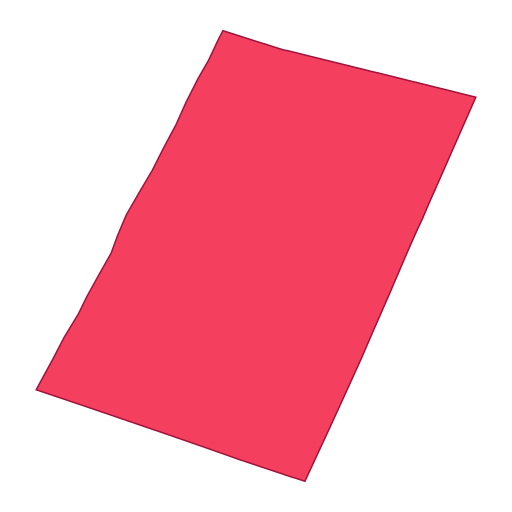 the district of Zandvoort, Noord-Holland, Netherlands
{"feature_id": "6326949B44029658680347", "entity_name": "Zandvoort", "entity_type": "district", "adm_level": 2, "iso_a3": "NLD", "parent_name": "Netherlands", "parent_adm1": "Noord-Holland", "projection": "natural_earth1", "projection_center": [4.556, 52.36], "detail": "fine", "context": "isolated", "style": "filled", "palette": "rose", "viewbox_px": 512, "rotation_deg": 0, "n_neighbors": 0, "source": "geoboundaries", "source_scale": "gbopen_adm2", "svg_char_len": 2419}
<svg xmlns="http://www.w3.org/2000/svg" viewBox="0 0 512 512"><path d="M222.9,30.7L218.2,39.8L208.6,60.2L197.7,79.2L185.8,102.8L176.1,124.5L168.4,138.9L163.2,148.7L152.2,170.5L140.0,191.1L129.0,210.2L126.4,214.7L123.1,222.4L117.6,235.5L111.2,253.0L99.5,273.7L87.0,296.3L78.4,313.9L64.1,337.4L60.9,343.6L52.8,359.2L42.1,378.8L36.2,389.8L98.4,410.8L101.2,411.8L101.3,411.8L104.3,412.8L121.4,418.7L169.1,435.0L211.4,449.7L239.4,459.6L289.6,476.4L291.5,477.0L295.9,478.3L300.5,479.8L304.1,481.0L304.9,481.3L328.4,430.7L329.3,428.8L349.9,383.7L350.3,382.8L361.6,357.9L374.4,328.2L375.1,326.7L391.2,289.9L392.2,287.4L392.3,287.1L392.5,286.7L393.1,285.3L393.1,285.2L396.7,277.0L399.8,269.8L401.4,265.9L402.0,264.7L405.3,256.9L405.9,255.6L406.3,254.7L406.6,254.0L406.7,253.7L406.9,253.2L407.4,252.2L407.6,251.8L407.9,250.9L408.9,248.7L409.5,247.2L409.8,246.6L409.9,246.3L410.0,246.1L410.8,244.3L412.4,240.7L412.6,240.3L412.7,240.0L413.4,238.5L413.8,237.5L414.3,236.3L414.7,235.6L414.8,235.2L415.8,233.0L416.2,232.2L416.5,231.4L417.1,230.2L417.7,228.8L418.1,227.9L419.1,225.8L419.3,225.4L419.6,224.9L420.3,223.3L421.0,221.9L421.2,221.4L421.3,221.1L421.5,220.7L421.8,220.2L422.2,219.3L422.3,219.0L422.4,218.8L422.6,218.5L422.7,218.2L423.1,217.2L423.5,216.2L424.2,214.5L424.4,214.2L424.6,213.6L425.3,212.1L425.6,211.4L426.1,210.3L426.3,209.6L426.9,208.2L427.0,208.0L427.1,207.8L427.1,207.7L427.5,206.9L427.9,205.9L428.4,204.6L428.5,204.5L428.6,204.3L428.6,204.2L429.3,202.8L430.5,200.0L432.9,194.5L434.9,190.1L436.6,186.1L438.6,181.7L440.5,177.4L441.2,175.7L442.8,172.1L445.6,165.8L447.9,160.6L451.1,153.2L454.4,145.8L456.2,141.7L457.1,139.7L459.3,134.6L473.7,102.0L474.9,99.4L475.1,98.8L475.8,97.2L463.3,94.1L463.0,94.0L460.9,93.5L444.7,89.4L435.1,87.1L417.3,82.6L412.9,81.6L388.1,75.4L379.9,73.4L379.3,73.2L378.4,73.0L375.7,72.4L374.4,72.1L371.7,71.5L361.9,69.0L361.3,68.9L348.1,65.6L343.1,64.4L339.2,63.4L336.2,62.7L331.0,61.4L323.7,59.6L314.8,57.4L312.6,56.9L307.5,55.6L304.3,54.8L303.5,54.6L303.4,54.6L302.6,54.4L302.3,54.3L302.1,54.2L301.4,54.1L301.2,54.0L300.8,53.9L299.5,53.6L298.3,53.3L297.5,53.1L295.7,52.6L295.2,52.5L294.4,52.3L293.5,52.1L292.3,51.8L292.1,51.7L291.9,51.7L291.5,51.6L290.9,51.5L290.8,51.4L290.6,51.4L290.4,51.3L289.5,51.1L289.0,51.0L288.1,50.8L287.8,50.7L286.9,50.5L283.7,50.0L274.5,47.1L268.4,45.1L256.8,41.5L243.3,37.2L231.8,33.5L222.9,30.7Z" fill="#f43f5e" stroke="#9f1239" stroke-width="1.5"/></svg>